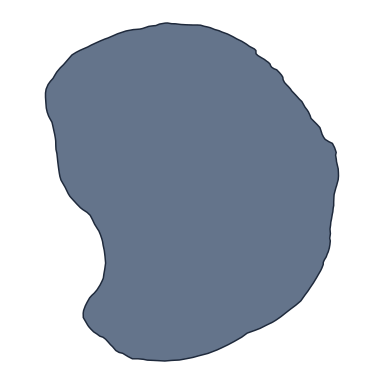 North Nilandhoo, Maldives (Mercator projection)
{"feature_id": "70690204B63708858601891", "entity_name": "North Nilandhoo", "entity_type": "district", "adm_level": 2, "iso_a3": "MDV", "parent_name": "Maldives", "parent_adm1": "", "projection": "mercator", "projection_center": [72.923, 3.188], "detail": "fine", "context": "isolated", "style": "filled", "palette": "slate", "viewbox_px": 384, "rotation_deg": 0, "n_neighbors": 0, "source": "geoboundaries", "source_scale": "gbopen_adm2", "svg_char_len": 2941}
<svg xmlns="http://www.w3.org/2000/svg" viewBox="0 0 384 384"><path d="M164.8,361.0L171.7,360.4L179.4,360.0L186.9,358.6L193.0,357.4L198.7,355.8L208.0,353.4L217.1,349.9L223.1,347.1L227.7,344.9L234.1,341.5L241.8,337.1L247.2,333.1L254.8,330.4L260.0,328.4L266.5,325.1L272.7,322.1L276.0,320.1L281.0,316.6L285.8,312.8L290.8,308.9L295.9,305.1L300.8,300.9L304.9,295.1L307.9,291.1L310.4,287.3L313.4,282.9L316.6,277.6L318.6,274.1L320.6,270.7L321.8,268.2L323.2,264.6L323.3,262.3L324.3,260.0L326.2,256.9L327.3,253.8L328.2,251.9L329.3,248.1L329.9,244.7L330.3,240.9L329.7,238.3L330.4,233.7L330.0,229.0L330.6,225.0L330.8,222.3L331.5,219.0L332.2,214.7L332.8,211.9L333.2,208.0L333.7,205.6L333.7,202.0L333.9,197.4L334.1,194.5L335.2,190.3L335.9,187.7L336.6,185.6L337.2,183.3L338.2,179.6L338.5,176.0L338.4,172.4L338.2,168.9L336.5,161.6L336.3,159.3L335.6,155.2L336.2,152.4L334.6,147.7L332.4,143.4L328.9,141.7L325.2,139.4L323.7,137.4L322.1,134.3L321.1,131.1L319.9,127.6L317.2,124.6L314.6,122.0L311.0,118.4L310.1,115.6L308.4,111.9L307.1,109.9L304.9,107.0L303.3,104.1L301.9,101.6L299.2,99.0L296.8,96.3L294.2,93.5L291.8,91.0L290.4,88.9L288.4,86.6L286.5,84.7L284.5,82.5L283.1,79.7L282.8,77.2L281.6,75.2L279.5,72.7L276.7,69.8L273.9,68.7L271.6,67.2L270.6,65.7L270.0,64.0L268.4,62.4L266.4,61.0L264.5,59.5L261.4,57.7L257.8,55.5L256.0,53.7L255.9,50.5L254.3,48.9L252.0,47.7L249.5,46.4L246.2,44.0L241.8,41.3L236.8,38.9L233.1,36.8L227.5,34.0L221.9,32.0L219.0,30.7L214.7,29.5L210.3,27.7L207.6,27.0L204.3,26.3L200.6,25.2L197.1,25.0L192.8,25.0L186.7,24.8L181.1,24.5L175.4,23.8L171.5,23.7L167.6,23.0L165.1,23.1L159.4,24.1L155.8,25.6L154.2,25.7L151.6,26.0L148.7,26.4L146.1,27.3L142.5,28.5L139.8,29.1L136.1,29.4L133.3,29.6L130.7,30.1L128.4,30.5L125.9,31.0L120.5,32.8L117.5,33.8L113.0,35.8L107.9,38.0L104.7,39.1L100.4,40.9L96.4,42.7L91.4,45.0L87.7,47.0L83.5,48.8L80.1,50.3L76.2,52.3L71.9,55.0L68.7,58.7L63.5,64.7L60.3,67.8L56.8,72.0L54.9,75.1L53.0,78.4L50.3,81.4L48.1,84.5L46.1,89.2L45.5,93.0L45.5,97.2L45.8,101.6L46.1,105.7L46.3,108.1L47.2,112.1L48.5,115.8L49.5,117.8L52.0,122.3L52.9,126.2L53.9,130.8L54.7,134.4L55.3,137.8L55.7,140.9L55.8,145.5L56.0,149.5L56.9,153.5L57.4,158.1L57.7,161.1L58.5,167.6L59.3,173.1L59.9,176.4L61.0,180.1L63.3,184.1L65.2,187.4L68.2,193.6L69.8,196.2L71.4,198.1L73.7,200.6L76.8,204.0L80.4,207.7L82.7,209.5L85.3,211.2L87.0,212.3L90.2,215.3L92.4,219.5L94.6,224.2L97.4,228.7L98.9,231.0L100.4,234.6L101.9,239.0L102.6,241.7L103.1,245.0L104.3,250.6L105.0,256.2L105.6,263.1L104.8,268.9L103.9,274.0L103.3,278.2L102.1,281.0L100.1,285.0L97.0,289.9L94.3,293.1L91.7,295.5L89.6,297.9L87.1,302.3L85.3,305.9L83.6,310.5L83.2,313.2L83.3,317.6L85.7,321.7L87.5,324.8L88.7,326.6L90.7,328.9L93.7,331.9L96.8,333.9L99.9,336.2L103.0,337.2L105.7,339.3L107.9,341.7L110.5,344.7L112.6,346.7L115.8,350.5L119.0,352.4L122.7,353.3L128.1,356.6L132.4,358.8L138.1,358.8L143.4,359.3L147.2,360.1L153.6,360.4L159.6,360.7L164.8,361.0Z" fill="#64748b" stroke="#1e293b" stroke-width="1.5"/></svg>